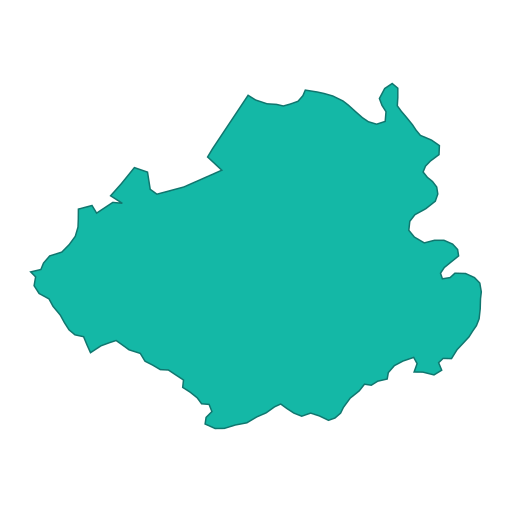 outline of Ouro, Santa Catarina, Brazil, rotated 270°
{"feature_id": "56859067B86517883329655", "entity_name": "Ouro", "entity_type": "district", "adm_level": 2, "iso_a3": "BRA", "parent_name": "Brazil", "parent_adm1": "Santa Catarina", "projection": "natural_earth1", "projection_center": [-51.682, -27.276], "detail": "fine", "context": "isolated", "style": "filled", "palette": "teal", "viewbox_px": 512, "rotation_deg": 270, "n_neighbors": 0, "source": "geoboundaries", "source_scale": "gbopen_adm2", "svg_char_len": 2100}
<svg xmlns="http://www.w3.org/2000/svg" viewBox="0 0 512 512"><g transform="rotate(270 256 256)"><path d="M421.9,305.3L416.3,302.9L410.7,298.0L407.9,290.1L406.0,283.3L407.6,276.5L408.2,267.0L412.0,255.6L416.7,248.1L363.2,212.5L355.0,207.6L341.8,221.8L325.0,183.8L317.8,156.9L322.7,150.2L339.9,147.5L344.4,134.4L328.1,121.2L316.2,110.6L308.7,122.3L309.6,112.8L298.9,96.6L306.5,92.0L302.9,78.4L292.7,78.3L284.9,78.0L275.7,75.3L267.5,69.3L259.9,61.8L256.1,49.7L248.9,43.5L242.5,40.9L240.1,30.7L235.1,35.6L226.3,34.1L218.5,39.1L213.1,49.0L205.7,53.0L196.9,60.3L189.4,64.4L182.2,69.0L177.2,74.9L175.3,83.6L167.1,87.0L159.3,90.5L166.2,101.0L169.3,109.4L171.5,116.1L167.2,122.2L162.2,129.0L158.6,140.3L150.8,145.0L147.0,152.5L142.4,160.3L142.0,168.4L137.0,175.9L132.0,183.5L124.6,182.7L120.0,189.9L114.2,197.2L108.2,201.6L107.6,209.1L100.4,211.9L94.6,206.1L88.0,205.1L83.5,215.1L83.6,224.3L87.0,235.3L89.2,246.9L95.1,256.8L99.2,266.2L105.2,274.6L108.0,280.7L103.4,287.0L98.9,293.9L95.8,301.7L98.9,310.6L96.1,319.3L91.7,328.5L94.0,335.0L98.9,340.6L104.6,343.4L113.9,350.2L121.1,359.2L127.8,364.5L126.8,371.3L130.8,377.7L133.0,387.2L139.4,388.3L146.4,394.4L151.0,403.1L154.6,413.7L148.4,417.1L140.0,414.1L139.9,422.8L137.1,434.0L141.8,441.7L149.3,438.6L153.6,443.1L153.4,451.5L162.4,457.1L169.6,463.9L175.0,468.9L181.0,472.7L186.3,476.4L193.2,479.1L203.2,480.2L213.2,480.5L220.1,481.3L228.9,479.8L234.4,474.5L238.5,465.5L238.8,454.9L234.4,450.1L233.2,442.4L238.8,440.5L244.5,444.3L251.0,452.3L256.1,458.6L262.5,457.6L267.9,452.6L271.7,444.0L271.7,434.4L269.1,424.3L274.9,414.4L281.7,408.8L290.7,409.8L297.3,414.9L303.3,425.8L310.8,435.3L318.0,437.8L325.0,436.7L330.5,432.5L334.6,427.4L340.0,423.1L345.9,425.5L350.9,430.3L357.4,439.0L366.4,439.4L371.9,431.5L376.6,420.4L381.9,416.0L387.2,412.5L394.6,406.5L400.7,401.3L406.2,397.3L414.5,397.8L423.8,397.8L428.5,392.2L423.5,384.7L413.5,379.4L406.6,382.0L400.3,386.0L390.6,385.2L387.8,376.6L390.3,368.3L394.4,362.3L401.0,354.8L406.9,348.3L411.0,343.0L416.0,332.8L418.5,324.1L420.0,317.2L421.9,305.3Z" fill="#14b8a6" stroke="#0f766e" stroke-width="1.5"/></g></svg>